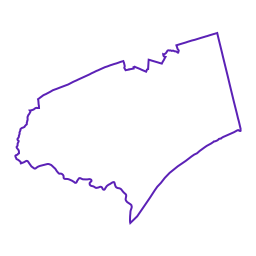 the district of Dong Hai, Bạc Liêu, Vietnam
{"feature_id": "81297802B21221579574343", "entity_name": "Dong Hai", "entity_type": "district", "adm_level": 2, "iso_a3": "VNM", "parent_name": "Vietnam", "parent_adm1": "Bạc Liêu", "projection": "natural_earth1", "projection_center": [105.374, 9.137], "detail": "fine", "context": "isolated", "style": "outline", "palette": "violet", "viewbox_px": 256, "rotation_deg": 0, "n_neighbors": 0, "source": "geoboundaries", "source_scale": "gbopen_adm2", "svg_char_len": 5669}
<svg xmlns="http://www.w3.org/2000/svg" viewBox="0 0 256 256"><path d="M20.9,163.4L23.8,162.3L26.1,161.0L26.6,160.9L26.8,160.9L27.3,161.0L27.5,161.1L27.7,161.3L28.0,161.5L29.0,163.0L29.9,164.3L30.7,165.4L31.4,166.4L33.2,167.7L34.0,168.3L34.4,168.5L34.9,168.6L35.3,168.5L35.6,168.4L36.1,168.0L36.9,167.4L38.0,166.7L38.7,166.4L40.0,165.9L47.1,164.1L47.9,164.0L48.1,164.0L48.9,164.1L49.5,164.3L51.2,165.0L52.0,165.7L54.0,167.6L55.1,168.6L55.8,169.5L56.3,170.4L57.0,171.4L58.4,173.0L58.8,173.4L59.1,173.6L59.5,173.7L60.5,173.6L60.9,173.6L61.5,173.8L62.1,174.1L62.9,174.8L63.1,175.1L63.3,175.4L63.5,175.9L63.6,176.5L63.6,177.4L63.7,178.0L64.0,178.4L64.2,178.6L64.4,178.7L64.9,178.9L65.2,178.9L67.7,179.0L69.1,179.4L69.8,179.7L72.0,180.7L74.1,182.0L75.0,182.7L75.1,182.8L75.7,182.8L76.1,182.7L76.4,182.4L76.7,182.0L77.2,180.8L77.7,180.1L78.7,178.7L78.9,178.4L79.1,178.3L79.4,178.2L79.9,178.1L80.6,178.3L82.5,179.2L83.0,179.3L85.4,179.4L87.3,179.4L89.4,179.1L89.7,179.1L90.3,179.3L90.8,179.5L91.2,179.8L91.4,180.3L91.5,180.7L91.5,180.9L91.4,181.1L91.2,181.4L90.4,182.1L90.1,182.4L89.7,183.0L89.7,183.3L89.6,183.7L89.8,184.4L89.8,184.7L90.0,184.9L90.4,185.4L90.7,185.6L91.3,185.9L93.1,186.3L93.6,186.5L94.3,186.9L95.2,187.5L95.7,187.8L96.0,187.8L96.7,187.9L97.0,187.8L98.4,187.5L99.4,187.1L100.2,186.8L100.7,186.8L101.0,186.9L101.4,187.0L101.8,187.3L102.1,187.7L102.5,188.6L102.8,189.1L103.2,189.5L103.7,189.7L104.2,189.7L104.4,189.6L104.7,189.3L105.1,188.7L105.4,188.1L106.6,186.3L107.1,185.8L107.9,185.2L108.6,184.7L110.0,184.0L112.3,182.5L112.8,182.3L113.5,182.1L114.1,182.2L114.3,182.4L114.4,182.6L114.6,183.2L115.0,184.8L115.3,185.7L115.8,186.8L116.3,187.3L116.9,187.7L117.4,187.9L118.0,188.1L119.4,188.3L119.9,188.5L120.7,188.9L121.0,189.2L121.4,189.6L123.1,191.8L124.3,193.0L125.7,194.2L125.8,194.4L126.1,194.9L126.1,195.1L126.2,195.7L126.2,196.1L126.1,196.5L125.8,198.1L125.6,199.2L125.7,199.7L125.9,200.4L126.3,201.0L127.1,202.0L127.5,202.3L130.5,204.3L131.0,204.7L131.2,205.0L131.4,205.2L131.5,205.8L131.7,206.4L131.7,207.3L131.5,208.1L130.7,210.4L130.6,210.8L130.4,212.2L130.4,213.0L130.1,216.3L130.0,220.2L130.1,222.2L130.3,223.0L137.2,216.3L144.7,205.4L149.9,197.8L154.7,190.4L157.3,186.7L160.9,182.9L164.8,177.9L169.6,172.9L177.8,166.3L185.6,161.0L191.6,156.4L194.2,154.6L197.0,153.3L199.6,151.0L204.4,147.5L206.7,145.9L211.1,143.5L213.9,141.6L214.0,141.4L214.6,141.4L215.1,141.3L216.7,140.7L217.4,140.3L218.4,139.6L218.7,139.1L219.0,138.9L219.8,138.7L220.7,138.6L221.1,138.5L221.4,138.0L222.1,137.6L222.6,137.4L222.9,137.1L223.5,136.8L224.3,136.5L234.0,132.2L237.2,130.4L238.2,130.1L238.8,130.5L240.0,131.0L240.3,131.0L240.6,130.8L240.6,130.5L240.5,129.3L240.6,128.9L239.6,124.6L238.8,121.2L238.0,118.3L236.8,113.3L233.7,101.0L229.7,84.5L228.0,77.3L222.7,55.7L222.0,52.7L218.6,38.9L217.2,33.0L209.5,35.3L207.1,36.1L205.9,36.4L204.3,36.9L201.2,37.8L198.0,38.8L194.8,39.8L191.9,40.5L187.4,41.9L186.0,42.4L181.3,43.8L178.0,44.8L177.3,45.0L176.4,45.3L177.1,47.3L177.4,48.4L177.7,49.1L178.0,49.5L178.5,50.1L178.6,50.3L178.7,50.5L178.7,50.8L178.3,52.1L178.2,52.6L177.7,52.6L176.9,51.9L175.9,51.4L174.6,51.3L174.3,51.2L173.8,50.9L173.3,50.7L172.6,50.7L171.9,50.9L171.7,50.9L171.2,50.7L170.9,50.5L170.5,50.4L169.7,50.5L169.4,50.5L168.7,50.3L168.4,50.3L168.0,50.4L167.6,50.6L167.4,50.8L166.8,51.8L166.1,52.9L165.9,53.1L165.4,53.5L164.9,53.9L164.5,54.1L164.1,54.2L163.7,54.3L163.4,54.3L163.2,54.2L163.2,54.3L163.2,54.7L163.5,55.7L163.7,56.1L163.8,56.3L164.0,56.4L164.5,56.5L165.1,56.8L165.5,56.9L164.5,58.6L164.0,59.7L163.2,61.0L162.6,62.0L162.2,62.8L161.8,63.6L160.4,63.2L157.8,62.4L151.7,60.6L150.2,60.1L148.7,59.7L148.5,62.1L148.1,69.1L147.4,69.3L147.2,69.4L146.9,69.7L146.4,71.0L146.3,71.3L146.1,71.7L144.5,71.0L141.9,69.9L139.6,68.8L135.1,67.0L134.7,66.7L133.5,67.2L133.7,68.5L130.8,69.1L129.2,69.3L129.2,69.5L126.6,70.0L125.6,70.2L124.3,67.9L124.3,67.6L124.7,66.5L124.7,66.2L124.7,65.9L123.9,62.5L123.8,62.3L123.6,61.9L123.5,61.7L123.3,61.1L120.5,61.9L118.4,62.7L116.4,63.4L114.2,64.0L111.8,64.8L110.5,65.2L107.4,66.4L105.5,67.0L104.9,67.2L100.9,69.0L97.6,70.5L96.5,70.9L93.7,72.3L91.5,73.3L89.7,74.3L87.1,75.5L78.1,79.6L76.5,80.4L74.4,81.3L73.1,81.9L69.1,84.0L67.9,84.6L66.5,85.1L59.6,87.7L56.3,89.0L55.1,89.4L52.7,90.3L51.9,90.8L50.2,91.8L46.6,93.7L45.7,94.2L44.9,94.5L43.4,95.2L38.0,99.2L38.3,100.3L38.5,102.5L38.6,104.2L38.9,105.8L39.0,108.0L37.3,108.0L36.8,107.9L36.2,107.9L35.9,108.0L35.6,108.1L35.2,108.3L34.5,108.8L33.8,109.4L33.4,109.6L32.0,110.1L31.7,110.1L31.3,110.3L30.8,110.4L29.8,110.5L30.3,111.2L30.4,111.6L30.3,111.9L30.2,112.2L29.9,112.7L29.5,113.4L29.2,114.0L28.9,114.4L28.6,114.7L28.4,114.9L28.1,115.7L27.7,116.5L27.6,116.8L27.5,117.6L27.6,118.9L27.6,119.5L27.6,120.0L27.2,120.9L27.2,121.5L26.8,122.6L26.8,123.0L26.8,123.9L26.8,124.2L26.7,124.4L25.8,125.1L24.8,126.3L24.6,126.7L24.5,126.9L23.3,127.5L22.1,127.9L21.7,128.1L20.8,128.8L20.4,129.3L20.4,129.5L20.4,130.3L20.3,130.6L19.7,132.0L19.5,132.5L19.5,133.0L19.6,133.3L19.6,133.6L19.5,134.1L19.3,134.8L18.9,135.5L18.9,136.4L18.7,137.2L18.6,137.5L18.4,137.8L17.9,138.3L17.6,138.7L17.5,139.1L17.5,139.4L17.5,139.6L17.8,140.2L18.5,140.7L18.5,140.9L18.6,141.1L18.6,141.3L18.6,141.6L18.4,142.0L18.0,142.8L17.7,143.4L17.6,143.7L17.6,145.3L17.5,145.7L17.3,146.0L16.7,146.8L16.6,147.0L16.7,147.5L16.8,147.8L17.2,148.4L18.1,149.5L18.5,150.1L18.8,150.8L18.9,151.3L19.0,153.2L18.9,153.4L18.3,153.7L18.1,153.8L17.9,154.0L17.6,154.5L17.1,154.8L15.8,155.3L15.6,155.5L15.4,155.7L15.4,155.9L15.4,156.2L15.4,156.4L15.5,156.8L16.0,157.7L16.3,158.6L16.5,159.0L17.0,159.3L17.9,159.7L18.9,160.4L20.4,161.7L20.6,161.9L20.6,162.1L20.7,162.6L20.7,163.0L20.9,163.4Z" fill="none" stroke="#5b21b6" stroke-width="2"/></svg>